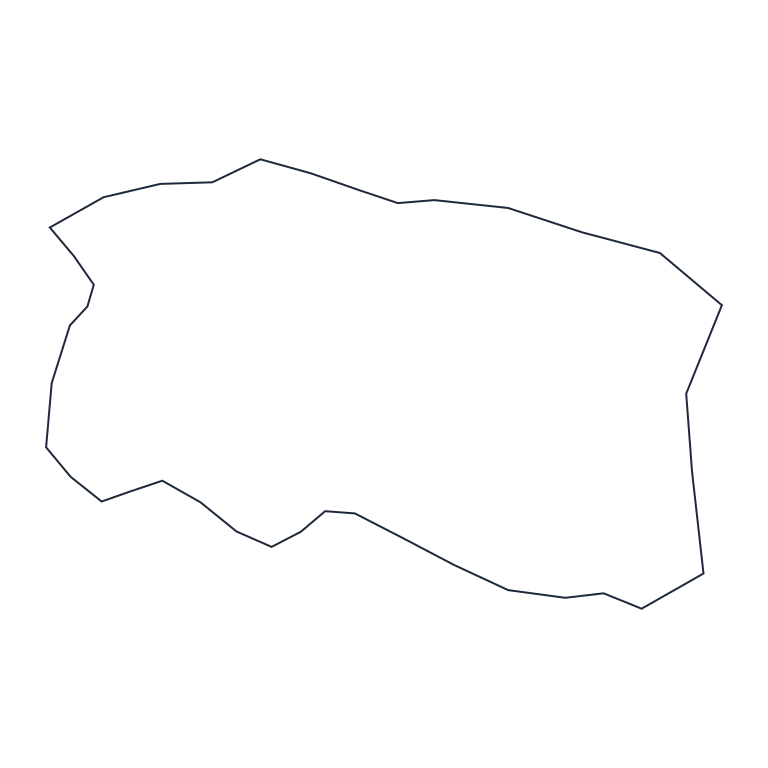 Göyçay, Albers equal-area conic projection
{"feature_id": "AZE-1703", "entity_name": "Göyçay", "entity_type": "District", "adm_level": 1, "iso_a3": "AZE", "parent_name": "Azerbaijan", "parent_adm1": "", "projection": "albers", "projection_center": [47.787, 40.558], "detail": "fine", "context": "isolated", "style": "outline", "palette": "slate", "viewbox_px": 768, "rotation_deg": 0, "n_neighbors": 0, "source": "natural_earth", "source_scale": "10m", "svg_char_len": 587}
<svg xmlns="http://www.w3.org/2000/svg" viewBox="0 0 768 768"><path d="M692.0,471.2L703.5,573.5L641.6,608.7L603.6,593.3L565.3,597.8L508.1,590.1L453.9,564.9L404.4,538.9L354.8,513.4L325.1,511.2L300.9,531.7L271.6,546.9L236.5,531.5L200.5,502.3L162.3,480.7L131.0,491.2L101.6,501.5L70.6,476.8L46.1,447.3L51.7,383.1L69.9,325.4L87.4,306.5L93.8,284.8L73.9,256.1L49.8,227.5L103.6,197.2L160.3,183.9L212.3,182.3L260.3,159.3L310.8,173.3L360.4,190.6L397.9,203.1L434.4,200.1L508.1,208.0L582.3,232.4L659.9,253.0L721.9,305.2L686.2,393.7L692.0,471.2Z" fill="none" stroke="#1e293b" stroke-width="2"/></svg>